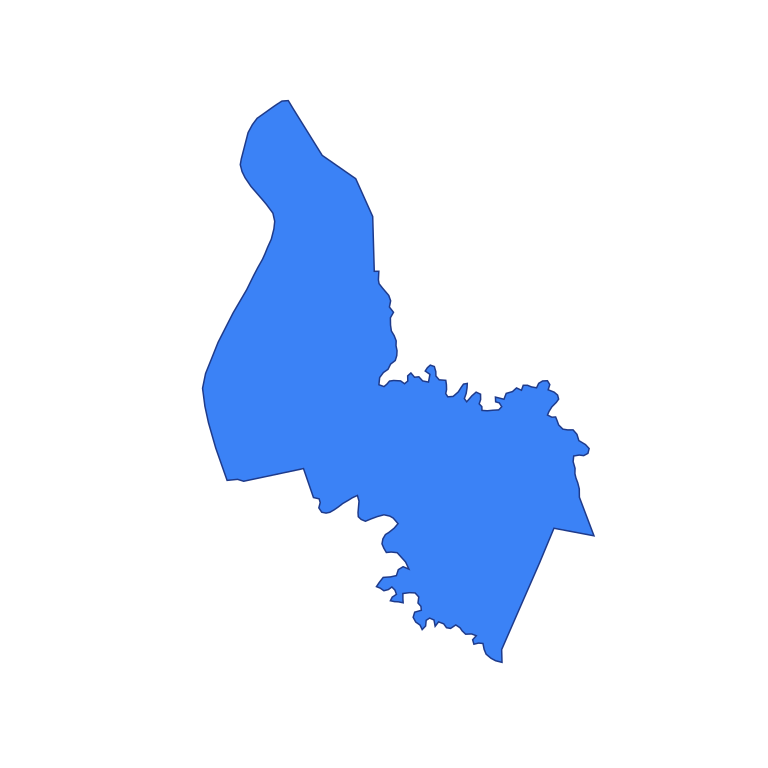 outline of Gararu, Sergipe, Brazil, rotated 254°
{"feature_id": "56859067B88442683990639", "entity_name": "Gararu", "entity_type": "district", "adm_level": 2, "iso_a3": "BRA", "parent_name": "Brazil", "parent_adm1": "Sergipe", "projection": "mercator", "projection_center": [-37.235, -10.035], "detail": "fine", "context": "isolated", "style": "filled", "palette": "blue", "viewbox_px": 768, "rotation_deg": 254, "n_neighbors": 0, "source": "geoboundaries", "source_scale": "gbopen_adm2", "svg_char_len": 3226}
<svg xmlns="http://www.w3.org/2000/svg" viewBox="0 0 768 768"><g transform="rotate(254 384 384)"><path d="M334.6,206.6L332.7,217.0L329.2,222.3L324.9,283.3L294.3,284.9L291.5,290.0L287.6,290.0L282.9,287.2L277.9,288.8L275.9,292.7L275.6,296.6L276.8,301.4L278.3,305.9L280.5,311.4L282.0,317.4L283.4,322.3L284.2,327.7L278.3,327.7L272.6,325.5L267.6,323.6L263.5,322.7L260.1,324.7L257.2,328.3L257.9,334.4L258.4,340.9L258.3,347.9L255.4,353.2L252.6,355.9L245.9,359.0L242.6,354.0L240.0,347.8L238.9,343.9L235.5,340.3L230.9,338.0L226.1,338.6L221.4,339.8L220.5,344.6L218.2,350.2L206.9,355.7L199.2,356.9L203.1,352.0L201.6,346.6L196.4,343.1L196.8,337.0L198.3,329.9L194.6,324.8L191.3,320.9L188.9,324.0L185.3,326.9L185.2,331.6L186.7,335.6L182.9,337.7L178.4,338.0L176.9,333.2L173.9,330.4L171.9,334.1L170.7,337.7L168.4,342.1L172.1,342.9L177.4,344.4L176.4,351.0L174.6,356.3L169.7,358.7L164.1,356.3L160.1,358.2L156.2,357.5L156.2,350.6L151.7,347.7L146.4,348.9L142.3,352.2L137.4,353.0L139.9,357.3L145.2,359.4L146.4,363.3L143.4,367.0L137.0,366.4L140.3,370.9L137.0,375.3L132.5,376.9L130.7,380.6L132.6,386.6L128.7,389.9L125.1,391.1L121.0,393.5L119.6,399.3L116.6,403.3L113.7,398.7L109.1,398.7L108.9,403.5L107.3,407.6L101.3,407.1L96.1,407.7L90.8,411.3L87.2,415.0L83.9,420.7L96.3,423.9L132.6,453.9L169.3,484.3L198.5,507.6L180.2,544.0L221.3,540.6L229.3,542.8L235.4,543.0L240.8,542.6L245.2,542.8L250.3,544.4L257.2,544.4L262.5,546.5L261.9,552.1L260.1,556.2L261.1,560.9L265.4,563.4L270.2,561.0L275.9,555.7L282.4,555.6L287.8,553.1L289.2,548.0L291.3,543.5L296.5,540.6L301.0,540.3L305.0,539.9L305.8,536.2L309.1,532.6L312.1,535.0L315.8,539.1L318.8,544.5L321.3,547.7L325.5,547.8L329.3,545.3L333.2,540.2L337.7,543.2L342.1,542.0L343.2,537.3L342.0,532.9L338.3,529.6L340.6,524.9L343.2,521.6L344.4,517.5L340.1,514.4L343.7,510.3L341.3,505.4L341.3,498.9L336.3,495.1L340.7,487.5L336.1,486.4L334.1,489.6L329.7,490.9L327.5,487.1L328.8,481.3L329.8,475.9L331.6,470.9L335.3,471.8L338.7,470.0L342.4,472.6L347.6,474.0L350.8,470.3L348.4,465.2L346.2,461.9L344.1,458.6L347.8,457.2L352.3,460.4L357.3,462.7L361.6,464.2L362.0,460.4L359.6,457.4L355.9,453.2L353.0,447.0L354.1,441.8L357.8,440.7L361.4,442.6L366.1,443.8L370.5,444.4L372.8,438.2L377.4,436.1L381.6,437.2L386.9,437.2L389.4,433.7L387.7,430.2L385.1,427.2L380.6,430.8L373.6,427.3L376.3,422.0L381.3,419.5L382.1,415.2L387.2,412.9L385.3,409.0L380.3,407.7L378.6,403.8L382.4,400.8L384.7,394.3L385.3,390.1L383.1,386.8L381.5,383.3L384.7,378.9L391.4,381.6L395.2,386.6L397.0,391.9L401.3,395.8L403.5,401.3L407.8,404.1L412.4,405.7L417.5,406.1L422.1,407.6L427.7,407.1L433.0,405.7L438.8,406.5L445.9,408.4L450.3,412.9L456.5,410.4L462.1,413.3L467.8,413.0L477.1,408.8L481.8,406.9L485.6,407.3L493.8,410.1L495.0,405.7L548.1,419.3L589.2,413.4L593.3,410.0L620.8,387.6L673.5,372.6L682.8,370.1L684.1,363.9L682.3,357.9L681.0,354.0L674.4,335.3L669.7,329.1L663.2,322.7L639.6,308.8L634.4,306.3L627.3,306.1L620.6,307.3L610.5,310.6L593.3,318.6L589.0,320.5L578.8,324.3L570.5,323.8L563.4,320.9L554.3,315.6L547.5,309.8L542.0,305.5L537.4,301.6L530.7,294.8L524.3,288.7L512.6,278.1L493.9,258.5L469.8,236.0L455.6,225.0L443.3,215.4L429.9,208.4L411.9,205.7L395.1,204.6L375.0,204.6L368.9,204.6L334.6,206.6Z" fill="#3b82f6" stroke="#1e3a8a" stroke-width="1.5"/></g></svg>